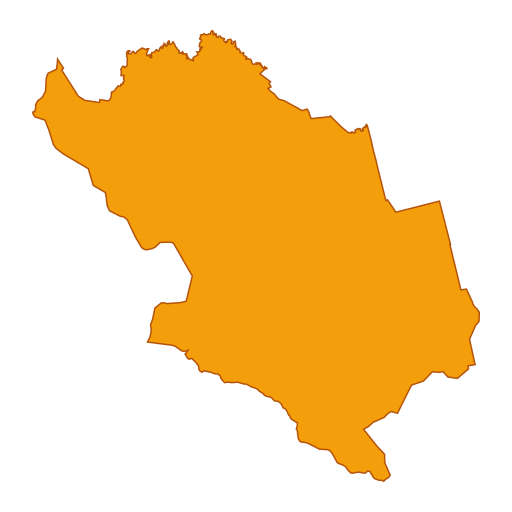 Kārķu pag., Valkas, Latvia (Mercator projection)
{"feature_id": "27541924B33710891924664", "entity_name": "Kārķu pag.", "entity_type": "district", "adm_level": 2, "iso_a3": "LVA", "parent_name": "Latvia", "parent_adm1": "Valkas", "projection": "mercator", "projection_center": [25.591, 57.815], "detail": "fine", "context": "isolated", "style": "filled", "palette": "amber", "viewbox_px": 512, "rotation_deg": 0, "n_neighbors": 0, "source": "geoboundaries", "source_scale": "gbopen_adm2", "svg_char_len": 5828}
<svg xmlns="http://www.w3.org/2000/svg" viewBox="0 0 512 512"><path d="M367.2,125.3L366.4,124.5L366.0,124.7L365.9,125.7L366.3,126.1L366.0,127.0L364.6,126.7L364.0,127.8L363.0,128.0L362.5,128.7L362.6,129.7L363.4,130.4L362.9,131.0L361.0,131.2L360.5,130.0L360.7,129.3L360.3,128.9L359.5,128.6L358.8,129.2L357.6,128.6L355.9,130.1L355.1,130.1L355.6,132.2L354.8,132.2L353.8,133.2L352.2,131.8L351.9,131.8L351.2,133.0L350.2,132.5L348.5,132.8L341.2,126.8L330.4,116.0L330.0,116.7L311.1,118.6L308.7,111.9L307.7,109.8L307.0,109.1L302.2,110.6L284.2,100.7L278.6,99.2L274.2,93.9L270.4,91.2L268.1,88.5L271.0,86.9L269.1,83.3L270.5,81.7L259.9,73.8L265.4,68.7L266.1,68.3L266.8,68.7L266.9,68.3L266.5,67.7L266.0,67.8L264.8,66.8L264.6,68.2L263.6,67.6L263.3,68.3L262.8,68.1L262.3,67.1L262.3,66.2L260.5,65.4L260.5,65.1L261.0,64.8L260.5,64.5L260.4,64.0L260.6,63.7L260.0,62.9L259.2,63.3L259.3,63.6L258.9,64.0L258.3,63.5L258.1,62.8L257.7,62.6L256.6,63.2L256.2,62.9L256.0,63.6L256.4,64.2L254.7,63.9L253.7,64.4L252.5,64.0L251.6,62.3L251.6,61.2L250.7,59.5L247.3,58.5L246.3,59.3L245.7,59.1L245.7,58.5L246.5,57.8L246.7,57.0L246.0,56.4L243.6,55.6L243.4,55.1L243.8,52.9L243.6,52.6L241.9,53.1L240.0,52.7L239.8,52.3L240.3,51.4L240.2,51.0L239.5,50.5L238.9,49.1L238.0,48.7L236.8,49.2L236.5,46.9L235.8,46.3L234.8,46.5L235.8,44.8L235.5,44.2L235.6,43.5L235.2,42.9L235.3,41.4L235.1,41.1L234.1,41.6L232.7,44.2L231.5,43.8L231.2,42.8L232.1,41.4L230.7,39.3L227.7,39.9L227.2,41.1L225.9,41.6L226.8,41.8L227.0,42.4L225.8,42.6L223.8,41.0L223.7,39.7L224.5,39.1L224.3,38.6L221.3,37.9L220.3,36.2L219.0,36.1L218.4,36.4L218.3,37.2L217.0,37.3L215.8,35.6L216.5,34.8L216.0,33.9L215.0,34.5L214.5,33.2L213.8,33.5L214.1,34.6L213.3,34.7L212.8,32.4L213.2,31.6L212.8,30.9L212.0,30.7L211.0,31.8L210.2,34.2L208.9,33.9L206.8,35.0L204.0,33.6L202.9,34.9L201.2,34.7L200.5,35.2L200.6,37.3L199.8,38.0L199.6,38.9L201.5,39.9L201.6,40.6L199.6,43.4L199.7,44.4L199.2,46.0L199.7,47.0L202.1,47.1L202.3,47.3L202.3,47.7L199.9,48.9L199.9,49.5L200.6,50.1L199.7,50.7L199.6,51.8L196.8,51.9L197.6,53.3L197.8,54.9L193.3,57.5L193.0,58.5L193.6,60.3L193.2,60.8L191.9,59.8L190.0,59.6L188.5,57.9L187.3,58.8L186.7,58.8L186.6,57.9L187.6,56.4L187.2,55.8L186.1,55.5L186.2,55.1L187.0,54.5L186.4,53.7L182.5,54.1L182.2,53.5L183.1,52.7L182.6,51.8L180.0,53.2L179.0,53.0L179.2,50.9L178.9,50.4L177.4,49.4L176.6,47.6L175.3,46.6L174.9,44.9L173.3,42.0L172.6,42.0L172.1,43.4L171.5,44.1L170.3,44.3L169.7,43.8L169.2,41.0L168.4,41.2L167.4,42.8L167.4,43.2L168.3,43.6L167.6,44.0L168.1,44.5L167.9,45.0L167.2,45.1L166.4,46.2L165.8,46.0L165.3,44.1L164.2,43.6L164.6,44.6L164.4,45.3L163.4,45.1L163.3,46.1L162.3,46.1L162.8,47.4L162.6,48.2L161.8,48.3L160.8,47.0L160.0,47.9L158.8,51.0L157.6,50.9L156.6,49.6L156.3,49.6L154.6,51.9L151.8,52.8L151.1,53.8L151.8,56.8L151.4,57.8L150.0,57.4L149.4,56.7L150.3,56.1L150.5,55.6L150.3,55.0L148.9,54.8L146.9,55.6L146.4,53.9L148.6,48.7L147.1,48.7L146.1,49.7L142.8,48.2L141.7,48.2L137.1,51.4L135.6,53.5L134.7,53.2L133.6,51.6L133.1,51.4L132.4,51.7L131.1,53.8L128.8,53.8L128.0,53.5L128.8,52.7L128.8,52.1L129.0,51.7L129.9,51.1L129.1,50.6L128.1,50.8L127.2,51.4L126.6,53.1L126.7,56.1L127.4,59.2L127.4,60.4L127.0,61.5L127.3,63.5L127.2,65.1L125.8,67.1L125.0,67.6L124.2,66.5L122.8,66.2L120.8,69.3L121.4,71.9L121.0,75.5L124.0,75.5L124.0,76.4L123.7,76.8L123.5,78.9L124.2,79.9L124.3,80.9L122.8,82.5L123.2,83.4L122.6,84.1L121.0,84.3L121.3,84.9L120.6,85.1L120.3,86.3L117.8,85.9L117.2,87.2L113.5,91.6L111.5,92.1L111.1,97.0L109.9,99.4L109.1,100.4L108.0,100.9L100.0,99.6L99.5,102.5L84.9,100.4L78.3,96.2L61.7,70.1L63.5,68.2L57.6,59.1L57.3,63.4L56.5,69.3L48.3,73.1L47.7,73.8L46.2,78.5L45.6,90.9L42.3,97.4L37.8,100.7L35.7,104.5L35.6,108.7L35.1,109.8L34.6,111.8L33.3,111.6L32.7,112.7L33.3,114.3L35.0,116.9L45.0,120.1L48.9,130.1L53.4,144.5L56.0,148.3L63.3,153.9L88.3,168.7L93.3,185.5L105.4,192.5L106.4,198.2L106.6,201.9L107.1,203.3L107.0,205.2L109.5,210.8L120.3,216.3L123.5,216.8L127.2,219.6L135.6,237.4L141.8,247.8L144.5,249.4L146.8,249.8L152.3,248.5L155.0,247.3L160.2,242.4L170.7,242.1L173.5,243.2L192.3,276.0L186.2,301.3L179.9,302.7L166.6,303.6L164.5,302.9L161.4,302.8L154.9,308.1L152.7,318.9L150.7,324.6L150.6,325.4L151.3,329.0L150.9,332.9L150.0,336.9L147.5,342.1L171.8,345.2L175.2,346.2L181.3,350.6L183.9,351.4L188.0,350.3L185.1,354.2L185.7,354.5L186.9,357.3L188.0,358.6L189.2,359.2L191.7,358.4L195.9,362.3L197.6,364.9L198.5,365.4L198.6,367.6L199.4,370.5L201.9,372.2L204.2,370.8L211.2,372.4L214.9,373.8L218.0,374.1L220.3,376.1L221.0,378.5L223.7,381.8L225.0,382.7L227.4,382.1L231.6,382.6L237.7,382.2L243.8,384.0L246.4,384.1L251.7,387.1L254.3,387.7L258.1,389.6L259.1,391.1L263.7,393.9L263.9,394.8L265.9,396.1L271.3,397.4L274.3,400.8L277.9,401.3L280.4,403.0L281.9,405.1L283.1,407.8L285.2,408.7L286.9,410.9L288.5,414.8L289.9,416.2L290.4,417.8L291.1,418.9L297.3,422.9L297.4,423.6L297.2,426.0L296.3,428.9L296.8,429.7L297.6,431.9L297.7,432.8L297.4,433.4L297.9,434.8L298.0,437.1L298.6,439.2L299.8,441.1L301.1,442.0L305.4,442.5L307.8,443.2L319.6,449.2L327.1,449.6L329.7,450.5L332.3,453.5L337.0,462.2L338.3,463.4L341.7,464.5L344.7,466.1L346.1,467.3L347.6,469.7L350.7,472.9L352.4,473.2L358.2,472.1L365.2,473.2L367.7,471.1L369.0,471.2L369.9,471.6L373.2,477.1L374.4,478.5L378.8,480.2L382.4,480.4L383.6,481.3L385.8,479.2L388.7,477.4L390.2,475.1L385.0,463.3L384.7,461.1L384.6,454.3L376.9,446.1L363.5,429.2L368.0,426.9L374.1,421.5L374.6,421.7L384.1,417.4L387.7,413.7L391.1,411.5L397.5,413.2L411.5,385.1L423.5,381.0L432.3,371.8L439.6,372.3L443.0,371.6L447.9,377.0L457.4,378.4L468.5,368.9L468.1,365.8L475.2,364.6L474.9,363.9L469.5,339.1L475.7,325.3L479.0,321.4L479.3,312.3L476.7,308.6L474.6,306.7L472.8,303.9L472.5,302.3L466.4,289.1L460.9,289.9L450.3,246.3L449.9,244.6L450.5,244.5L439.4,201.1L395.9,212.2L387.5,199.8L385.8,200.4L376.5,163.0L376.5,162.2L373.4,150.7L371.4,141.3L367.2,125.3Z" fill="#f59e0b" stroke="#b45309" stroke-width="1.5"/></svg>